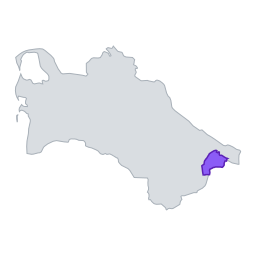 Dostluk, Chardzhou, Turkmenistan (highlighted)
{"feature_id": "10190150B13703090222147", "entity_name": "Dostluk", "entity_type": "district", "adm_level": 2, "iso_a3": "TKM", "parent_name": "Turkmenistan", "parent_adm1": "Chardzhou", "projection": "albers", "projection_center": [65.017, 37.433], "detail": "fine", "context": "in_parent", "style": "filled", "palette": "violet", "viewbox_px": 256, "rotation_deg": 0, "n_neighbors": 0, "source": "geoboundaries", "source_scale": "gbopen_adm2", "svg_char_len": 4688}
<svg xmlns="http://www.w3.org/2000/svg" viewBox="0 0 256 256"><path d="M69.6,73.4L82.2,75.2L86.1,76.1L87.8,74.4L87.8,73.9L87.2,73.5L86.4,72.2L86.3,63.5L87.5,62.4L88.8,61.6L90.9,59.1L91.9,58.3L93.4,57.8L98.2,58.0L100.3,57.6L102.2,54.7L102.7,52.9L104.1,51.6L104.8,51.7L108.0,53.1L108.6,53.8L109.6,56.1L110.8,56.0L111.0,55.7L110.9,55.2L110.1,53.7L108.2,51.0L106.4,49.3L106.2,48.8L108.0,47.6L111.4,48.4L112.3,48.1L113.3,46.1L117.5,51.0L118.3,51.5L121.8,52.3L122.4,53.0L123.5,55.7L124.6,56.4L126.1,57.0L132.5,57.5L134.4,59.4L134.7,59.8L134.3,61.0L134.0,63.4L133.5,64.3L133.8,64.8L136.0,65.9L137.3,67.5L137.4,68.2L137.0,68.6L135.9,68.3L135.3,69.0L135.3,70.2L136.0,71.4L136.2,72.5L134.9,74.9L134.8,76.0L135.2,76.6L140.8,80.6L141.7,80.8L147.4,80.4L148.4,80.8L153.4,81.9L154.7,81.8L155.7,80.6L156.6,80.2L157.5,80.2L159.8,81.0L162.2,82.8L163.8,84.3L164.6,85.6L166.6,93.1L168.1,96.1L169.8,97.7L170.9,100.6L171.8,106.9L172.5,108.2L175.1,110.8L188.9,121.2L193.1,125.9L199.6,130.4L202.0,129.9L207.2,134.6L210.4,136.4L214.7,139.2L223.6,145.5L225.5,145.8L227.7,144.9L229.6,145.4L233.0,147.0L236.6,149.4L239.7,150.2L240.6,151.3L240.6,151.8L239.0,155.0L238.8,158.9L239.0,164.2L238.2,164.3L232.1,162.9L226.3,159.7L224.9,160.8L224.2,161.9L222.8,166.5L214.9,166.8L210.3,169.0L206.0,183.9L205.0,185.8L202.4,188.2L197.8,190.6L197.1,191.5L197.0,192.4L196.4,192.7L193.9,192.6L184.2,195.8L182.1,195.7L181.3,196.0L180.9,196.5L181.9,199.5L181.0,200.4L180.3,201.8L179.8,204.4L173.3,208.3L172.0,208.7L169.4,208.3L168.1,208.7L166.7,209.9L166.1,209.5L165.8,208.2L165.1,207.3L161.3,204.0L156.7,204.3L155.0,204.0L153.7,203.4L151.7,201.5L150.4,199.6L149.0,199.8L148.6,198.9L148.6,198.0L149.0,196.8L149.0,194.5L148.3,192.9L147.4,192.2L148.5,189.6L148.6,187.7L148.0,185.5L147.9,182.5L148.2,179.6L147.4,178.0L134.2,177.5L129.8,170.4L128.0,168.6L121.6,165.4L119.9,163.7L118.5,161.9L118.3,159.5L117.6,158.1L116.6,157.8L111.7,154.8L109.7,153.9L106.9,154.4L105.3,153.5L103.3,154.4L102.5,154.4L100.4,153.7L98.1,151.0L96.0,149.8L91.6,147.9L88.5,147.2L85.8,146.0L85.5,145.6L85.6,143.5L85.3,142.6L84.6,141.5L83.5,140.6L78.8,140.3L76.6,139.3L74.9,139.0L71.1,138.9L69.8,139.3L69.1,139.9L68.4,141.9L68.0,142.2L64.3,141.9L56.5,140.6L53.1,141.3L47.7,143.9L44.5,146.3L43.5,147.3L41.3,151.8L40.4,152.4L39.4,152.8L38.4,152.8L33.5,154.1L31.6,154.3L27.0,153.5L26.7,146.5L27.0,141.1L28.4,133.6L28.7,128.7L30.3,121.5L30.3,119.7L28.3,116.1L28.2,113.9L26.8,113.5L24.7,111.4L22.6,110.4L21.4,110.2L20.3,110.6L19.4,111.6L19.1,109.8L19.4,108.0L21.6,104.5L22.6,105.7L24.0,106.4L27.4,106.6L27.3,105.2L25.6,103.7L25.5,102.0L25.8,100.3L26.5,98.7L26.0,98.0L25.3,97.5L23.4,97.3L18.6,96.1L17.8,97.9L18.8,100.6L17.0,97.4L15.9,94.3L15.4,90.7L15.7,86.9L18.3,81.1L20.8,73.9L22.2,77.3L23.4,78.8L26.3,80.1L27.8,80.0L29.4,79.4L30.9,79.9L32.9,83.4L34.5,83.9L38.2,83.1L39.9,83.0L41.3,83.7L42.8,83.9L42.3,82.3L42.2,80.8L43.1,80.2L45.8,81.3L48.1,80.7L48.5,80.4L48.9,79.1L48.9,76.6L48.5,75.4L47.4,73.8L42.9,69.7L41.4,68.0L40.3,66.0L38.9,58.5L37.8,53.6L37.2,52.9L34.4,52.2L28.9,52.7L27.1,52.2L26.1,52.6L23.7,54.3L22.5,55.8L20.6,59.5L21.5,60.9L19.8,67.3L19.9,70.1L19.7,70.3L18.6,66.6L16.8,62.9L15.7,57.4L19.3,54.4L22.4,52.3L25.5,50.9L28.7,50.0L35.8,49.0L39.6,48.7L42.7,49.0L44.9,50.4L50.8,55.3L53.3,58.0L54.0,59.1L54.5,61.5L58.4,69.3L59.4,70.5L61.0,73.0L62.7,73.9L69.6,73.4ZM17.4,121.2L17.2,122.2L16.7,119.1L16.6,115.8L17.3,114.9L17.9,115.0L17.2,116.1L17.4,121.2Z" fill="#d9dde1" stroke="#a8b0b8" stroke-width="1"/><path d="M213.9,150.8L212.8,151.5L211.4,152.3L210.4,153.0L210.2,153.2L209.4,153.6L209.2,154.1L208.5,155.3L208.2,155.7L207.7,156.5L207.2,157.4L206.6,158.3L206.2,158.6L205.9,159.0L205.6,159.6L205.1,160.1L204.5,161.1L204.3,162.0L204.2,163.1L204.1,163.3L204.0,164.3L203.0,164.9L202.6,165.1L201.8,165.8L202.0,167.0L202.2,168.2L202.4,170.2L202.6,171.7L202.8,173.1L203.1,174.3L203.1,174.9L205.0,175.0L205.1,174.9L205.3,174.7L206.1,174.6L207.2,174.6L207.9,174.6L208.1,174.6L209.4,174.7L209.5,174.7L209.7,173.9L209.8,173.2L209.9,172.3L209.7,171.4L209.5,170.7L209.6,169.8L209.9,169.2L210.6,168.9L211.6,168.5L212.6,167.9L213.3,167.4L214.0,167.5L215.0,167.1L215.8,166.9L218.7,167.0L219.8,167.0L220.6,167.0L221.2,167.2L222.3,167.3L222.8,166.8L223.2,166.6L223.7,165.8L224.2,165.0L224.1,163.4L224.6,162.1L225.0,161.0L225.6,161.0L226.5,161.1L226.7,159.7L226.9,159.2L227.3,158.6L227.6,158.5L227.2,158.3L226.6,158.2L225.6,157.8L224.5,157.1L223.5,156.5L223.4,156.4L222.6,155.9L221.7,155.3L221.1,155.3L220.6,155.3L219.9,155.3L219.7,155.2L219.3,154.7L219.3,154.2L219.3,153.2L219.3,152.1L218.7,151.9L218.0,152.5L217.6,152.7L216.9,152.4L216.4,152.1L216.7,151.4L217.0,150.9L216.5,150.5L216.0,150.3L215.0,150.5L213.9,150.8Z" fill="#8b5cf6" stroke="#5b21b6" stroke-width="1.5"/></svg>